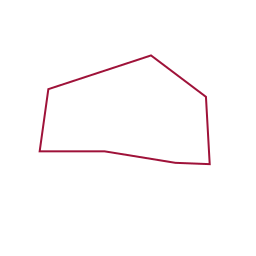 the District of City of Freeport, rotated 37°
{"feature_id": "BHS-5010", "entity_name": "City of Freeport", "entity_type": "District", "adm_level": 1, "iso_a3": "BHS", "parent_name": "The Bahamas", "parent_adm1": "", "projection": "robinson", "projection_center": [-78.623, 26.526], "detail": "fine", "context": "isolated", "style": "outline", "palette": "rose", "viewbox_px": 256, "rotation_deg": 37, "n_neighbors": 0, "source": "natural_earth", "source_scale": "10m", "svg_char_len": 257}
<svg xmlns="http://www.w3.org/2000/svg" viewBox="0 0 256 256"><g transform="rotate(37 128 128)"><path d="M215.0,107.7L186.8,127.3L123.4,160.7L71.5,199.8L41.0,144.9L102.7,56.2L171.5,56.2L215.0,107.7Z" fill="none" stroke="#9f1239" stroke-width="2"/></g></svg>